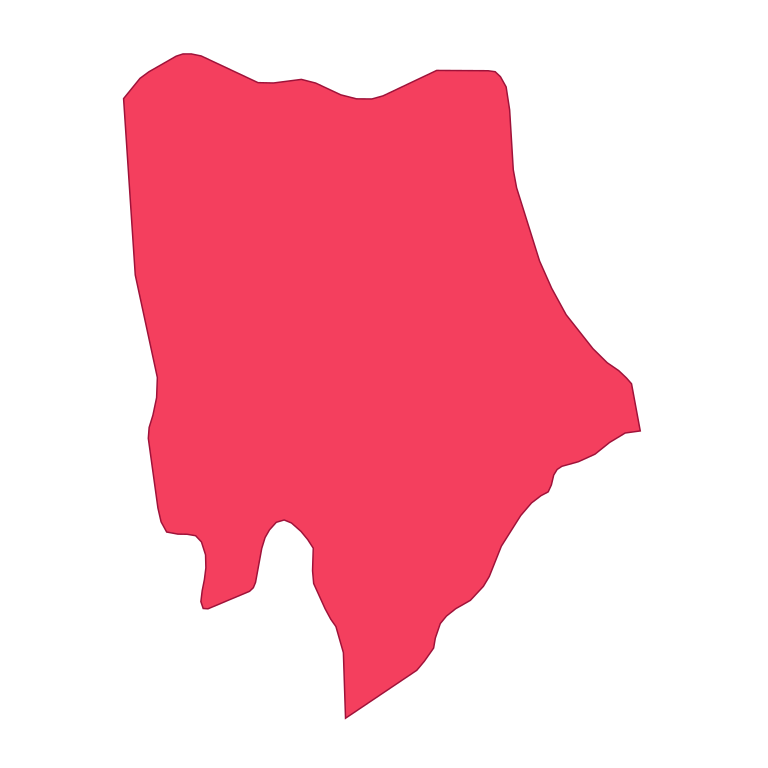 Ntchisi, Equal Earth projection, rotated 179°
{"feature_id": "MWI-1913", "entity_name": "Ntchisi", "entity_type": "District", "adm_level": 1, "iso_a3": "MWI", "parent_name": "Malawi", "parent_adm1": "", "projection": "equal_earth", "projection_center": [33.898, -13.273], "detail": "fine", "context": "isolated", "style": "filled", "palette": "rose", "viewbox_px": 768, "rotation_deg": 179, "n_neighbors": 0, "source": "natural_earth", "source_scale": "10m", "svg_char_len": 1308}
<svg xmlns="http://www.w3.org/2000/svg" viewBox="0 0 768 768"><g transform="rotate(179 384 384)"><path d="M428.3,50.5L429.3,116.1L436.3,142.3L441.3,149.7L446.8,160.3L457.8,185.7L458.7,198.5L457.6,221.1L463.0,229.8L469.6,238.1L479.0,246.7L486.2,249.8L494.1,247.6L501.0,240.2L505.6,232.5L509.1,221.8L515.9,187.9L518.2,182.6L522.0,179.1L563.9,162.3L568.7,162.7L570.9,169.6L569.4,180.5L567.0,191.5L565.3,203.3L565.4,216.3L569.3,229.3L575.0,235.6L583.5,237.2L592.7,237.5L603.9,239.8L609.3,250.1L612.2,263.9L620.6,333.8L619.6,344.6L615.6,356.8L611.6,374.3L610.5,394.4L630.8,497.3L639.4,673.9L622.6,693.9L613.6,700.3L586.1,715.4L579.3,717.5L571.0,717.4L561.1,715.2L504.7,687.5L489.3,686.9L461.3,690.0L447.1,686.1L422.2,673.9L406.6,669.6L391.2,669.2L380.0,672.1L325.9,696.6L274.5,695.4L267.4,694.3L262.2,689.2L256.7,678.9L253.6,655.9L251.0,595.9L248.0,577.9L226.3,504.2L214.7,476.8L200.7,450.1L174.5,415.7L160.5,401.4L148.9,393.1L141.4,385.7L136.5,379.9L128.6,332.6L143.7,330.8L159.5,321.6L174.2,310.2L191.0,302.9L207.6,298.6L212.4,295.5L215.9,290.0L218.4,280.2L221.7,273.3L229.0,269.6L238.6,262.5L249.6,250.1L269.5,219.8L282.1,189.7L288.2,179.9L301.4,166.2L316.2,158.1L325.6,150.9L331.9,143.5L337.1,129.1L339.0,119.1L348.5,106.1L356.2,97.2L428.3,50.5Z" fill="#f43f5e" stroke="#9f1239" stroke-width="1.5"/></g></svg>